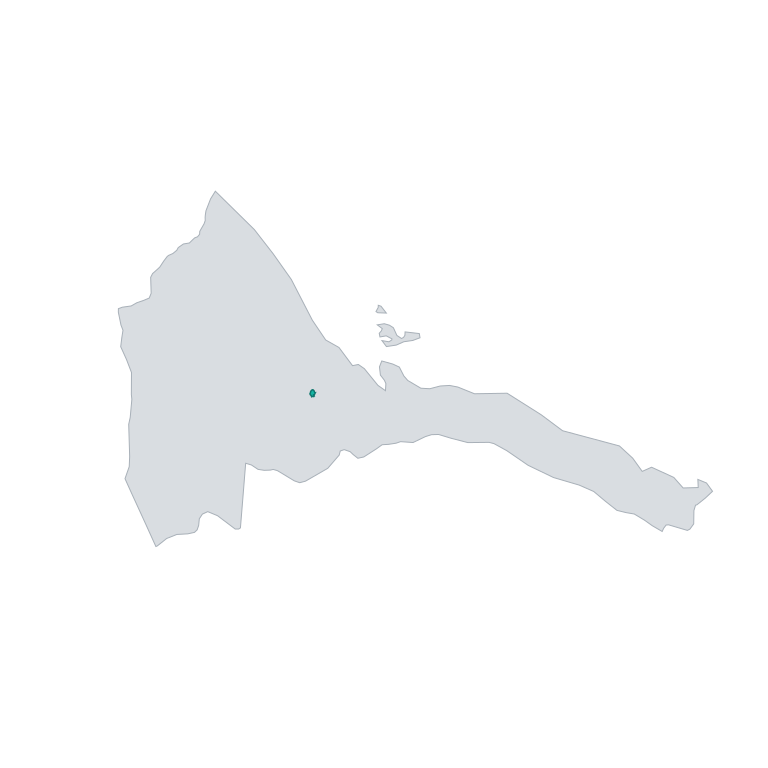 Semienawi Mierab, Maekel, Eritrea shown in context, rotated 341°
{"feature_id": "51966322B56082674650687", "entity_name": "Semienawi Mierab", "entity_type": "district", "adm_level": 2, "iso_a3": "ERI", "parent_name": "Eritrea", "parent_adm1": "Maekel", "projection": "albers", "projection_center": [38.931, 15.377], "detail": "fine", "context": "in_parent", "style": "filled", "palette": "teal", "viewbox_px": 768, "rotation_deg": 341, "n_neighbors": 0, "source": "geoboundaries", "source_scale": "gbopen_adm2", "svg_char_len": 3535}
<svg xmlns="http://www.w3.org/2000/svg" viewBox="0 0 768 768"><g transform="rotate(341 384 384)"><path d="M115.4,463.4L113.1,439.0L111.5,422.7L109.8,405.5L108.3,389.2L116.2,379.2L119.9,369.8L129.5,339.0L133.2,332.9L140.6,316.4L141.7,311.7L149.0,290.9L148.5,277.0L147.2,263.0L151.2,254.8L154.7,248.2L154.5,242.6L156.2,229.6L157.4,226.3L161.6,226.2L170.4,227.9L176.8,226.7L184.2,226.7L190.0,226.3L193.4,222.4L198.1,207.2L201.2,204.2L203.5,203.3L210.0,200.5L215.7,196.1L220.3,193.0L222.0,192.3L226.8,191.9L231.6,190.1L233.9,188.0L239.9,186.3L245.9,187.3L249.9,185.4L252.6,184.2L255.6,184.1L258.4,182.4L259.5,179.7L261.4,178.0L266.0,174.0L268.2,171.2L269.1,168.3L270.1,166.0L272.1,162.2L280.3,152.5L287.3,146.8L311.7,195.8L321.6,224.8L330.4,255.0L337.0,300.3L343.2,323.4L353.3,334.8L360.2,356.4L366.1,357.2L370.4,363.1L377.8,383.3L383.2,390.8L385.9,384.3L385.6,380.6L383.5,374.4L385.3,366.3L389.4,361.5L398.8,368.0L404.0,373.0L405.4,382.9L407.6,388.4L417.5,400.0L425.8,403.4L436.5,404.2L445.5,406.7L452.8,410.9L466.4,422.7L497.4,432.8L522.7,464.4L537.6,486.3L586.4,519.2L595.0,535.1L599.7,550.7L609.9,549.8L627.6,566.7L633.0,579.7L647.4,584.2L649.7,576.4L656.7,582.6L659.7,592.4L650.6,596.5L640.5,600.1L639.1,600.0L635.8,604.6L631.3,617.1L626.0,620.8L623.2,621.2L607.2,609.8L604.8,609.2L601.4,611.5L599.0,614.0L591.5,605.3L586.0,597.6L578.3,588.4L571.0,584.4L563.1,579.3L555.3,567.2L547.3,553.9L535.6,543.1L513.8,527.6L493.8,507.8L478.4,487.0L468.6,476.2L464.4,473.4L444.2,466.7L430.0,457.3L419.2,449.5L412.5,447.4L406.1,447.2L392.4,448.8L380.9,443.9L376.2,443.9L368.5,442.5L362.5,440.8L355.5,442.9L341.1,446.4L335.1,445.7L331.9,440.7L330.0,437.0L325.0,433.1L320.8,433.1L318.5,436.6L303.4,445.4L278.2,450.3L272.2,449.9L267.7,446.4L255.0,431.2L251.4,428.7L248.5,428.4L242.6,426.6L237.1,423.7L232.3,417.4L227.4,413.9L222.1,426.0L212.8,447.3L207.8,458.7L201.4,473.3L199.4,473.8L196.1,472.7L183.7,454.3L175.8,447.3L169.9,447.9L165.5,451.3L162.7,457.4L159.8,461.1L156.5,462.6L149.7,461.8L139.1,458.8L128.2,459.3L116.9,463.3L115.4,463.4ZM412.0,342.3L415.4,346.7L417.7,346.3L419.6,344.8L420.9,341.6L433.8,347.8L433.1,352.0L425.4,352.2L416.5,350.5L408.3,351.2L398.5,349.4L396.2,342.3L402.4,345.7L405.7,344.9L406.2,343.9L401.8,339.2L395.5,338.2L396.0,334.5L398.7,333.0L400.4,331.1L396.9,325.9L403.9,327.1L408.3,330.2L411.2,333.9L412.0,342.3ZM406.5,309.5L409.3,317.7L401.3,314.6L400.0,312.9L403.5,309.7L404.2,307.7L406.5,309.5Z" fill="#d9dde1" stroke="#a8b0b8" stroke-width="1"/><path d="M311.5,372.5L311.8,372.5L312.1,372.5L312.3,372.5L312.6,372.5L312.8,372.6L313.0,372.6L313.2,372.8L313.3,372.9L313.4,373.0L313.5,373.0L313.5,372.9L313.6,372.7L313.6,372.4L313.7,372.2L313.8,372.0L313.9,371.9L314.0,371.8L314.0,371.7L314.1,371.8L314.1,371.7L314.3,371.7L314.5,371.6L314.4,371.6L314.5,371.5L314.6,371.4L314.8,371.3L314.8,371.2L315.9,370.2L316.0,370.1L315.9,370.1L315.9,369.9L315.8,369.7L315.7,369.5L315.7,369.1L315.7,368.8L315.7,368.7L315.7,368.3L315.6,368.1L315.6,367.9L315.6,367.5L315.4,367.1L315.3,366.8L315.2,366.6L314.8,366.5L314.6,366.3L314.5,366.2L314.3,366.1L314.0,366.3L313.8,366.3L313.6,366.4L313.2,366.5L312.8,366.8L312.7,366.9L312.5,367.0L312.4,367.2L312.3,367.3L312.1,367.4L312.0,367.7L311.8,367.9L311.7,368.1L311.6,368.3L311.4,368.5L311.2,368.7L311.0,368.8L310.9,369.0L310.9,369.4L310.8,369.5L310.8,369.9L310.9,370.2L310.9,370.3L311.1,370.5L311.2,370.9L311.3,371.0L311.5,371.4L311.6,371.6L311.6,371.8L311.5,372.0L311.4,372.3L311.5,372.4L311.4,372.4L311.4,372.5L311.5,372.5Z" fill="#14b8a6" stroke="#0f766e" stroke-width="1.5"/></g></svg>